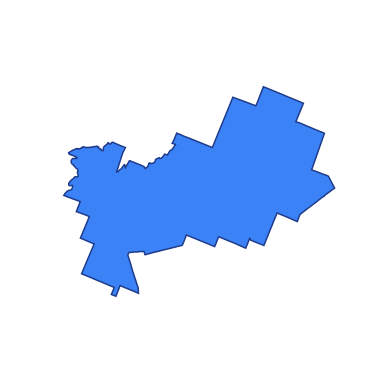 Putineiu, Giurgiu, Romania (orthographic projection), rotated 114°
{"feature_id": "2599482B3296523517134", "entity_name": "Putineiu", "entity_type": "district", "adm_level": 2, "iso_a3": "ROU", "parent_name": "Romania", "parent_adm1": "Giurgiu", "projection": "orthographic", "projection_center": [25.776, 43.909], "detail": "fine", "context": "isolated", "style": "filled", "palette": "blue", "viewbox_px": 384, "rotation_deg": 114, "n_neighbors": 0, "source": "geoboundaries", "source_scale": "gbopen_adm2", "svg_char_len": 5680}
<svg xmlns="http://www.w3.org/2000/svg" viewBox="0 0 384 384"><g transform="rotate(114 192 192)"><path d="M258.9,275.7L279.5,275.2L279.3,260.3L304.4,259.8L311.6,259.6L311.4,252.6L311.3,245.4L310.8,224.2L318.4,224.0L318.2,219.1L306.8,219.6L306.7,218.8L306.7,216.2L306.4,205.9L306.3,200.9L306.3,199.7L301.5,202.2L300.7,202.7L300.3,203.3L299.6,204.0L296.7,206.5L292.9,210.0L287.7,214.6L286.1,216.0L285.8,216.3L285.1,216.8L283.6,218.0L282.8,218.8L281.6,219.7L275.8,225.0L272.8,225.0L272.7,224.6L272.5,224.2L271.4,222.1L270.7,221.1L270.3,220.2L269.8,219.3L268.9,217.3L268.7,217.0L268.2,216.4L267.7,215.6L267.5,215.2L267.3,214.8L267.3,214.6L265.9,211.7L266.1,211.4L266.6,210.9L267.7,210.1L268.4,209.4L265.2,205.4L263.4,203.3L262.0,201.4L261.4,200.7L260.2,199.0L257.4,195.6L254.9,192.3L250.5,186.7L247.6,183.0L245.5,180.2L244.8,179.4L244.6,179.3L244.5,179.2L242.2,179.2L233.6,179.6L233.3,170.5L233.0,160.7L232.7,152.7L232.7,149.1L230.6,149.1L222.1,149.5L222.1,149.0L222.0,147.6L221.8,141.6L221.7,137.5L221.5,133.1L221.5,132.9L221.5,126.1L221.5,120.1L216.9,120.2L210.8,120.5L210.8,120.3L211.4,119.8L211.9,119.2L212.0,119.0L212.1,118.2L212.1,117.3L211.9,111.6L211.6,104.6L205.2,104.8L203.0,104.9L201.1,104.9L198.1,105.1L189.9,105.3L186.0,105.5L176.5,105.7L176.5,102.8L176.3,95.8L176.2,83.8L176.1,83.7L175.5,83.8L175.1,83.9L172.9,84.0L171.0,84.2L168.7,84.2L165.4,82.5L162.6,81.0L158.7,78.9L153.8,76.2L149.1,73.6L146.9,72.5L144.0,70.9L142.5,70.0L142.3,69.6L142.1,69.5L141.5,69.5L140.8,69.2L131.5,64.0L130.4,63.3L129.3,64.8L128.7,65.5L122.6,73.2L122.1,74.0L122.0,74.3L122.0,74.6L122.5,81.1L122.6,84.9L123.1,91.7L84.5,94.9L84.8,105.5L85.0,114.7L85.1,120.9L85.2,123.6L85.3,123.8L85.7,124.9L85.7,125.7L65.6,126.3L66.6,163.5L66.8,169.6L84.7,168.7L87.3,168.8L87.8,177.8L88.8,193.2L143.1,191.5L143.5,203.7L143.8,210.6L144.0,217.0L144.3,221.8L144.3,223.9L144.2,225.0L144.4,229.9L152.9,229.7L154.4,229.9L155.6,229.9L155.4,228.4L155.4,226.4L160.1,227.3L161.0,227.5L161.6,227.6L162.1,227.9L162.2,228.1L162.5,228.5L162.8,228.7L163.4,228.9L164.3,229.1L165.9,229.2L167.2,229.4L168.1,229.4L168.4,231.5L168.4,232.3L172.6,233.3L173.5,233.7L173.6,233.8L173.8,234.1L174.1,234.4L174.4,234.8L174.3,235.1L174.5,235.5L174.2,235.9L174.1,236.0L176.7,238.3L177.0,238.4L177.4,238.5L178.2,238.3L178.8,238.2L180.1,238.4L180.6,238.6L180.8,238.7L181.3,239.2L181.7,239.6L182.7,241.0L182.8,241.2L182.6,242.4L182.6,242.6L183.3,242.9L183.8,243.0L186.4,242.7L189.6,244.2L188.4,246.0L188.3,247.5L188.3,250.5L188.5,256.0L188.7,260.1L188.7,261.3L188.8,261.7L189.0,261.9L192.6,262.3L194.0,262.5L194.6,262.5L195.8,262.7L196.9,262.8L195.9,263.6L194.6,264.4L194.5,264.5L194.5,265.0L195.3,265.1L196.1,265.2L197.5,265.8L199.0,265.9L200.1,266.4L200.7,266.8L201.4,267.1L202.3,267.5L203.2,267.7L203.3,267.9L203.4,268.1L204.1,268.8L204.3,268.9L204.3,269.1L201.6,269.3L191.8,270.4L185.0,271.1L183.9,271.2L182.8,271.1L178.4,270.9L178.6,273.0L178.8,278.0L178.8,283.1L178.8,284.4L178.9,284.9L179.1,285.2L179.3,285.4L180.0,285.7L181.0,285.9L181.7,286.3L181.7,286.7L181.0,288.7L181.2,288.8L181.9,288.8L182.6,288.9L182.7,289.0L182.8,288.9L184.5,290.0L186.1,290.7L186.9,290.9L187.4,290.9L187.9,290.8L190.1,290.1L190.4,290.1L190.5,290.2L190.7,290.8L190.8,291.2L190.7,291.6L190.2,292.1L190.2,292.5L190.1,292.8L190.2,293.1L189.8,293.5L190.0,293.8L189.8,294.1L190.0,294.6L189.9,295.0L189.7,295.2L189.7,295.5L189.2,295.6L189.4,295.8L189.5,295.9L189.4,296.0L189.1,296.4L188.9,296.5L188.7,296.7L188.7,296.8L188.8,297.0L188.8,297.3L189.0,297.5L189.0,298.0L189.6,298.4L189.9,299.0L190.1,299.4L190.3,299.6L190.3,299.8L190.6,300.1L190.6,300.4L190.7,300.7L191.0,300.8L191.2,301.1L191.5,301.2L192.0,301.6L192.0,302.0L192.1,302.7L192.6,302.9L192.6,303.3L193.0,303.5L193.0,304.0L193.4,304.7L193.5,304.9L193.9,305.9L194.4,306.3L194.4,306.6L194.5,306.8L194.5,307.4L194.7,307.7L194.8,308.1L195.0,308.4L195.0,308.5L194.8,308.7L194.6,309.2L194.8,309.4L195.0,309.8L195.3,310.1L195.5,310.2L195.7,310.3L195.9,310.4L196.1,310.7L196.2,310.8L196.3,311.0L196.5,311.1L196.8,311.1L196.8,310.7L197.0,310.8L197.3,311.2L197.4,311.4L197.7,311.5L197.9,311.9L198.3,312.2L198.3,312.5L198.5,312.7L198.4,312.9L198.4,313.0L198.8,313.2L198.8,313.7L198.9,313.8L199.0,314.1L199.3,314.1L199.3,314.3L199.1,314.6L199.3,314.9L199.4,315.2L199.6,315.4L199.7,315.6L200.5,316.3L201.4,317.0L202.1,317.7L203.1,318.5L206.3,320.7L207.0,320.2L207.3,319.6L207.3,319.3L207.3,318.9L207.3,317.2L207.1,316.4L207.1,315.4L207.1,314.6L207.1,314.0L207.1,313.2L207.1,312.0L207.1,311.7L207.2,311.3L207.4,311.2L207.8,311.0L208.1,311.1L208.3,311.4L208.9,312.5L209.2,313.0L209.9,314.4L210.1,314.6L210.5,314.8L211.1,315.0L211.5,315.1L212.2,315.1L212.7,315.0L212.9,315.0L214.2,314.3L214.6,313.9L214.9,313.5L215.1,313.0L215.8,310.9L216.3,309.9L216.5,309.3L217.1,308.4L217.2,308.1L217.4,307.6L217.5,306.6L217.7,306.0L218.1,305.3L218.8,304.9L219.0,304.7L219.7,304.6L220.1,304.8L220.4,304.8L221.0,304.6L221.2,304.4L221.4,304.0L221.8,303.8L222.4,303.2L222.8,303.0L223.3,302.8L224.0,302.7L224.4,302.8L224.4,302.7L224.9,302.9L225.0,303.1L225.1,303.3L225.3,304.2L225.5,304.7L225.9,305.2L226.2,305.3L227.2,305.7L227.8,305.8L229.8,306.9L231.4,307.5L231.8,307.7L233.0,308.0L234.0,308.1L234.3,308.1L235.1,307.8L235.7,307.4L235.9,307.1L236.0,306.8L236.0,306.5L236.0,306.1L235.7,305.7L235.0,304.7L234.8,304.3L234.7,304.1L234.8,303.6L235.1,303.4L235.5,303.3L236.4,303.1L237.3,303.0L238.2,303.0L238.6,303.0L238.8,303.1L240.4,304.6L240.5,304.9L240.7,305.4L240.9,305.6L241.6,305.9L242.5,306.6L243.5,306.8L244.6,307.3L245.0,307.4L247.3,307.7L246.9,300.8L246.9,300.5L246.2,290.2L247.1,290.2L257.0,289.7L256.4,281.8L256.1,275.9L258.2,275.9L258.4,275.8L258.7,275.7L258.9,275.7Z" fill="#3b82f6" stroke="#1e3a8a" stroke-width="1.5"/></g></svg>